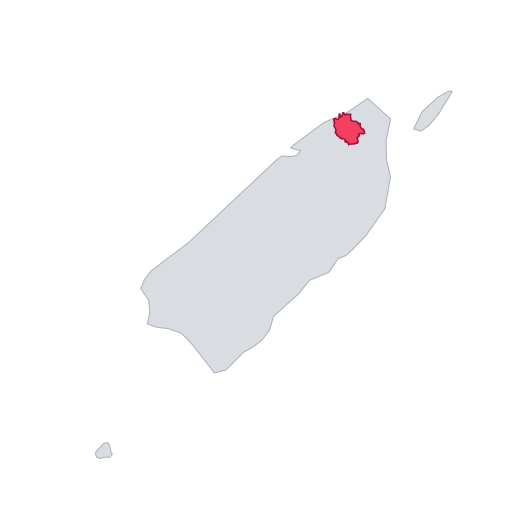 Río Grande, Puerto Rico (highlighted), rotated 315°
{"feature_id": "32010507B30311265398207", "entity_name": "Río Grande", "entity_type": "district", "adm_level": 2, "iso_a3": "PRI", "parent_name": "Puerto Rico", "parent_adm1": "", "projection": "robinson", "projection_center": [-65.81, 18.348], "detail": "fine", "context": "in_parent", "style": "filled", "palette": "rose", "viewbox_px": 512, "rotation_deg": 315, "n_neighbors": 0, "source": "geoboundaries", "source_scale": "gbopen_adm2", "svg_char_len": 3594}
<svg xmlns="http://www.w3.org/2000/svg" viewBox="0 0 512 512"><g transform="rotate(315 256 256)"><path d="M349.9,209.4L355.9,213.8L361.7,213.1L357.0,204.1L361.3,204.1L398.2,209.6L422.0,219.0L446.4,223.5L448.0,254.3L429.2,266.7L416.9,279.5L406.8,295.3L380.5,313.7L348.7,319.2L327.5,319.7L319.7,319.1L312.0,316.0L296.0,319.0L276.3,310.9L259.4,312.9L225.8,311.0L213.2,318.0L201.2,319.6L189.3,318.3L179.3,315.2L154.4,315.4L143.9,309.3L148.3,274.2L148.7,258.3L142.6,245.2L135.9,236.9L131.1,227.2L140.9,220.8L148.9,211.4L151.5,197.4L160.3,193.9L170.6,192.3L218.1,198.8L338.5,202.6L345.3,203.7L349.9,209.4ZM485.7,284.6L470.5,286.0L460.7,284.2L457.4,277.6L475.7,271.4L497.1,272.3L509.4,276.0L510.9,278.5L485.7,284.6ZM13.6,294.8L11.8,295.0L10.0,294.8L9.1,294.1L7.9,292.1L2.4,288.8L1.1,285.7L2.4,282.5L4.6,281.2L15.8,280.9L16.9,281.2L19.2,283.4L19.2,285.0L18.1,286.5L16.1,290.4L15.3,291.4L14.7,292.4L14.4,294.1L13.6,294.8Z" fill="#d9dde1" stroke="#a8b0b8" stroke-width="1"/><path d="M421.4,243.6L421.4,242.8L421.5,242.0L421.3,241.4L420.9,241.0L420.7,240.2L420.8,239.9L420.9,239.4L421.1,239.1L421.2,238.6L421.3,238.0L421.5,237.8L421.5,237.4L421.8,237.3L422.1,237.3L422.3,237.0L422.7,236.9L422.8,236.5L423.2,236.4L423.3,235.9L423.3,235.6L423.1,235.6L422.8,235.4L422.0,235.2L421.9,235.2L421.8,234.9L421.9,234.4L421.9,234.0L422.3,233.8L422.2,232.8L422.4,232.3L422.2,232.1L421.8,231.9L421.7,231.2L420.4,230.0L420.2,229.4L419.5,229.1L419.4,228.5L419.4,228.2L419.3,227.6L419.1,226.9L419.4,226.7L419.7,226.6L419.9,226.1L420.3,225.9L420.5,225.5L420.9,224.9L421.0,224.2L421.8,223.9L422.4,223.7L422.8,222.8L423.1,222.7L422.8,222.1L422.2,221.8L422.0,221.7L421.9,221.6L421.2,221.0L420.8,220.3L420.7,219.9L420.3,219.8L419.8,219.8L418.9,219.2L418.7,219.0L418.7,218.1L419.3,217.2L419.1,216.5L418.7,216.3L418.3,216.1L417.7,216.8L417.2,217.1L416.9,217.3L416.6,217.4L415.4,218.0L414.6,217.9L414.3,217.9L414.0,217.5L414.2,217.0L415.0,216.1L415.2,215.8L415.6,215.3L415.4,214.5L414.9,214.6L413.8,215.7L413.2,216.4L413.1,216.5L412.8,216.7L412.0,217.2L411.8,217.2L410.6,217.2L409.7,216.3L409.4,214.9L408.5,214.6L407.9,214.1L407.7,214.4L407.1,214.8L406.7,215.6L406.6,216.1L406.3,216.2L405.7,217.0L405.2,217.4L405.2,217.8L405.0,218.1L404.3,218.5L403.8,218.6L403.3,219.0L403.0,219.5L402.9,219.9L402.6,220.6L402.5,221.6L401.9,222.9L401.9,223.2L401.9,223.4L401.2,223.5L400.7,223.9L400.4,224.2L400.2,224.6L399.4,224.8L399.4,225.1L399.1,225.3L399.3,225.5L399.4,226.1L399.2,226.5L399.2,226.9L398.7,227.4L398.6,227.6L398.6,227.9L399.0,228.4L398.8,229.0L398.7,229.2L399.1,230.1L399.1,230.8L399.0,231.2L398.9,231.4L399.4,231.8L399.2,232.5L399.6,232.8L399.3,233.3L399.4,233.7L399.5,233.9L400.3,234.2L400.5,234.4L401.3,236.8L401.0,237.2L401.0,237.6L400.0,237.7L400.0,237.8L399.9,238.8L400.0,239.0L400.2,239.5L401.1,239.4L401.1,239.9L400.9,240.0L401.4,240.8L401.1,241.0L401.1,241.5L400.8,241.8L400.8,242.1L400.5,242.2L400.5,242.4L400.3,242.9L401.1,242.9L401.4,243.0L401.7,243.4L402.0,244.0L402.4,244.1L403.0,244.8L403.9,245.4L404.4,245.5L404.6,246.2L405.3,246.2L405.4,246.6L405.9,246.6L406.4,247.0L407.3,247.8L408.1,247.5L408.6,247.4L408.8,247.5L409.2,247.3L409.3,247.0L409.5,246.6L409.7,246.1L409.8,246.0L410.3,245.2L410.8,244.7L410.7,244.5L411.2,243.7L411.5,243.9L412.0,243.9L412.4,244.2L412.6,244.0L412.9,243.7L413.3,243.8L413.5,244.0L413.7,243.8L414.3,243.9L414.6,243.3L414.5,242.7L414.7,242.3L414.8,242.3L415.2,242.5L415.6,242.7L416.3,242.9L416.8,243.5L417.0,244.0L417.3,244.5L418.2,245.2L418.4,245.6L418.9,245.8L419.8,246.0L420.1,245.2L420.8,243.9L421.0,243.9L421.4,243.6Z" fill="#f43f5e" stroke="#9f1239" stroke-width="1.5"/></g></svg>